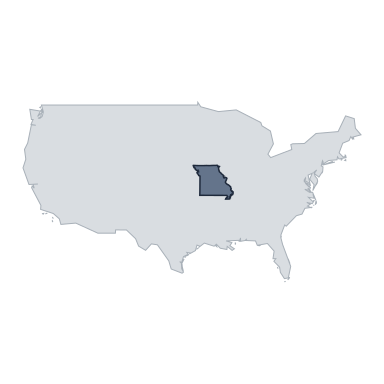 location of Missouri within United States of America
{"feature_id": "USA-3531", "entity_name": "Missouri", "entity_type": "State", "adm_level": 1, "iso_a3": "USA", "parent_name": "United States of America", "parent_adm1": "", "projection": "robinson", "projection_center": [-92.269, 38.302], "detail": "fine", "context": "in_parent", "style": "filled", "palette": "slate", "viewbox_px": 384, "rotation_deg": 0, "n_neighbors": 0, "source": "natural_earth", "source_scale": "10m", "svg_char_len": 7066}
<svg xmlns="http://www.w3.org/2000/svg" viewBox="0 0 384 384"><path d="M316.0,133.5L338.1,131.6L345.6,115.9L354.2,118.6L355.4,128.3L361.0,134.8L352.7,137.1L352.4,138.9L350.8,136.6L349.1,140.5L342.7,143.2L339.1,152.9L343.2,157.0L345.6,156.5L344.8,154.7L345.7,155.5L346.1,157.6L339.0,159.0L337.5,156.8L337.0,159.8L328.7,160.5L322.7,164.3L323.2,162.1L322.5,160.7L321.2,165.9L323.0,166.9L322.7,171.3L318.9,177.1L314.3,173.5L316.7,169.9L313.8,172.4L315.2,176.4L317.2,178.7L317.7,181.3L312.8,190.6L314.1,184.7L309.7,179.2L312.2,173.3L308.1,175.1L310.0,183.7L305.9,181.1L304.5,181.4L305.6,178.7L305.5,177.9L304.2,180.0L304.3,181.8L310.5,185.2L309.2,186.7L306.4,183.7L305.3,183.2L308.9,186.8L310.4,187.5L309.7,189.7L307.7,188.0L310.8,191.3L310.1,191.8L308.6,190.1L304.8,189.3L309.6,192.4L312.6,192.3L315.9,200.3L313.0,194.2L314.0,198.2L308.4,197.3L312.6,201.3L314.5,200.1L312.2,203.7L306.8,202.4L310.2,204.3L307.4,206.1L310.8,207.5L304.9,208.3L302.0,214.1L296.4,215.7L286.2,226.2L284.7,225.0L281.0,234.7L280.7,237.1L282.6,244.5L290.7,266.4L288.3,277.9L284.4,278.6L280.4,272.4L279.6,267.2L273.9,261.3L275.8,258.6L273.0,258.7L274.1,251.1L267.4,243.5L257.3,245.3L255.5,240.9L245.6,240.5L246.8,238.8L245.1,240.5L240.6,241.3L240.5,237.9L239.8,240.3L226.1,240.9L231.9,242.6L229.9,245.7L234.4,248.8L232.1,250.4L227.2,246.4L226.9,249.5L220.2,248.2L216.4,244.2L214.1,246.2L204.3,243.1L198.6,247.5L200.0,246.3L197.0,245.1L195.4,250.6L189.3,254.0L190.7,253.0L186.8,252.4L188.2,254.3L183.5,256.6L181.7,262.5L179.7,261.6L181.4,263.2L181.7,268.7L183.5,272.1L182.1,273.2L171.2,269.0L168.8,260.9L157.4,244.8L151.4,243.9L145.6,250.3L138.6,246.1L135.6,238.7L126.5,230.0L115.6,229.9L115.4,233.2L97.9,233.2L75.8,223.1L60.9,224.4L59.3,218.8L53.3,213.5L40.6,209.4L40.9,205.4L31.6,187.7L32.2,185.9L34.2,188.2L33.1,184.3L37.9,184.0L29.0,184.5L23.0,167.9L25.8,159.2L24.5,149.4L27.7,143.0L31.4,124.8L35.8,125.3L31.0,124.4L33.1,119.5L31.4,119.5L29.8,109.3L40.5,111.1L37.6,116.5L41.7,112.6L40.7,117.1L38.0,118.2L39.8,118.4L42.1,116.6L43.4,112.0L41.4,105.0L197.7,105.0L197.8,102.3L200.8,106.8L218.4,111.6L236.2,109.9L260.8,122.5L261.9,125.8L270.4,131.0L273.4,143.9L267.9,154.2L270.7,157.6L291.8,149.5L290.8,144.6L292.6,143.8L304.4,143.5L316.0,133.5ZM331.4,162.6L334.9,162.1L322.5,165.1L332.7,161.4L331.4,162.6ZM41.7,109.3L42.7,112.2L42.5,112.6L40.8,110.5L41.7,109.3ZM183.3,271.1L181.9,266.3L182.0,263.5L182.2,266.4L183.3,271.1ZM353.6,137.5L353.7,139.0L353.1,138.6L353.6,137.5ZM216.5,245.6L216.8,246.7L215.7,245.8L216.5,245.6ZM45.3,213.9L46.8,213.2L46.9,213.4L45.3,213.9ZM43.7,213.4L43.1,214.2L42.6,213.5L43.7,213.4ZM342.3,159.2L341.4,160.1L341.1,159.9L342.3,159.2ZM182.9,261.0L182.0,263.2L184.1,258.9L182.9,261.0ZM288.3,259.1L289.9,263.4L288.1,258.7L288.3,259.1ZM52.7,217.5L53.3,218.6L52.6,217.6L52.7,217.5ZM289.0,278.6L287.7,279.9L289.7,277.1L289.0,278.6ZM316.5,203.0L315.2,204.7L316.1,200.7L316.5,203.0ZM40.5,107.0L40.4,107.8L39.8,107.4L40.5,107.0ZM188.2,255.1L186.1,256.1L188.3,254.8L188.2,255.1ZM345.7,159.6L345.8,160.7L344.7,160.4L345.7,159.6ZM52.4,220.7L52.8,222.1L52.2,220.9L52.4,220.7ZM185.5,257.0L184.6,257.5L185.4,256.6L185.5,257.0ZM317.2,183.1L315.9,185.3L317.4,182.2L317.2,183.1ZM197.9,248.4L196.5,249.3L198.5,247.8L197.9,248.4ZM281.3,235.8L281.1,237.6L280.9,236.4L281.3,235.8ZM311.3,207.7L310.8,208.1L312.2,206.8L311.3,207.7ZM260.9,244.9L259.3,245.8L258.6,245.6L260.9,244.9ZM239.9,241.0L239.6,241.3L238.6,241.2L239.9,241.0ZM277.7,267.4L278.0,268.7L277.4,267.1L277.7,267.4ZM235.6,243.4L235.3,244.6L235.2,242.5L235.6,243.4ZM285.2,281.6L284.3,281.7L285.6,281.4L285.2,281.6ZM322.5,172.1L321.9,173.2L322.6,171.6L322.5,172.1ZM314.2,205.0L313.6,205.4L313.4,205.4L314.2,205.0Z" fill="#d9dde1" stroke="#a8b0b8" stroke-width="1"/><path d="M194.0,167.5L193.9,167.5L193.9,167.4L194.0,167.4L194.1,167.2L193.9,166.9L193.9,166.7L193.7,166.4L193.7,166.2L193.6,165.9L193.3,165.9L193.2,165.6L193.3,165.4L195.6,165.5L198.3,165.6L200.9,165.6L203.0,165.6L203.7,165.6L206.4,165.5L209.2,165.6L213.6,165.4L216.0,165.4L216.7,165.3L217.3,165.3L217.5,165.5L217.6,165.8L217.8,165.8L217.9,166.0L218.0,166.1L218.2,166.3L218.3,166.3L218.4,166.5L218.5,166.5L218.4,166.6L218.5,166.6L218.7,166.8L218.8,166.9L218.9,167.0L219.0,167.0L218.8,167.2L218.7,167.5L218.6,167.9L218.6,168.2L218.6,168.5L218.7,169.7L218.8,169.8L218.9,170.0L219.0,170.1L219.0,170.3L219.0,170.7L219.0,170.8L219.1,171.0L219.3,171.1L219.3,171.3L219.4,171.5L219.5,171.9L221.1,173.2L221.1,173.3L221.2,173.6L221.3,173.7L221.4,173.8L222.8,174.7L222.9,174.9L223.0,175.0L223.2,175.3L223.3,175.5L223.3,175.9L223.3,176.0L223.4,176.3L223.5,176.3L223.4,176.4L223.4,176.5L223.5,176.8L223.5,177.0L223.8,177.6L223.9,177.9L224.2,178.0L224.4,177.8L224.8,177.4L225.1,177.3L225.4,177.5L225.6,177.5L226.0,177.6L226.6,177.9L226.8,178.1L226.9,178.3L226.8,178.6L226.7,178.8L226.5,179.1L226.5,179.4L226.5,179.7L226.4,179.9L226.1,180.4L225.8,181.2L225.5,181.7L225.5,181.9L225.4,182.2L225.5,182.5L225.6,182.8L226.0,183.1L226.2,183.4L226.3,183.6L226.6,183.8L226.8,183.9L226.9,184.1L227.1,184.3L227.3,184.3L227.6,184.6L227.9,184.7L228.2,184.7L228.4,184.9L228.8,185.2L228.9,185.3L229.3,185.5L229.6,185.8L229.8,186.2L229.9,186.3L230.5,186.6L230.6,186.8L230.7,187.1L230.7,187.3L230.6,187.6L230.8,188.0L231.0,188.2L231.1,188.5L231.2,188.8L231.1,189.0L230.9,189.2L230.7,189.4L230.7,189.7L230.7,189.8L230.8,189.8L231.0,189.9L231.0,190.0L231.2,190.5L231.4,190.8L231.5,191.0L231.6,191.3L231.9,191.6L232.1,191.7L232.2,191.4L232.0,191.2L232.3,191.1L232.4,191.3L232.6,191.5L232.7,191.8L232.8,191.8L233.0,191.8L233.1,192.0L233.1,192.3L233.1,192.5L233.0,192.8L233.0,193.0L233.1,193.3L233.0,193.6L232.8,194.1L232.7,194.6L232.5,194.8L232.4,194.8L232.2,194.8L232.0,194.6L231.9,194.5L231.7,194.3L231.6,194.5L231.5,194.8L231.4,195.3L231.2,195.6L230.8,195.6L230.9,195.4L230.9,195.2L230.9,194.9L230.6,194.8L230.4,195.2L230.5,195.3L230.6,195.5L230.7,196.0L230.6,196.4L230.4,196.4L230.2,196.4L230.1,196.5L230.2,196.8L230.3,196.9L230.5,196.9L230.5,197.0L230.4,197.1L229.8,197.2L229.7,197.2L230.0,197.7L230.2,198.0L229.9,198.2L229.8,198.3L229.6,198.7L229.6,199.0L225.6,199.1L225.8,198.5L225.9,198.3L226.0,198.2L226.3,198.1L226.4,197.9L226.5,197.7L226.8,197.6L227.0,197.5L227.0,197.4L227.1,197.2L227.3,197.1L227.4,196.9L227.5,196.9L227.4,196.6L227.5,196.4L227.4,196.2L227.1,196.0L227.1,195.9L227.1,195.7L226.9,195.4L199.8,195.3L199.9,190.8L200.0,176.2L199.9,175.9L199.7,175.8L199.4,175.8L199.2,175.8L199.0,175.6L198.9,175.6L198.7,175.5L198.7,175.3L198.7,175.2L198.3,174.7L198.3,174.4L198.1,174.2L197.7,173.8L197.5,173.7L197.4,173.4L197.2,173.2L197.1,172.9L197.3,172.9L197.4,172.7L197.4,172.4L197.5,172.3L197.7,172.1L197.8,172.1L197.9,171.8L197.9,171.7L198.0,171.7L198.3,171.7L198.5,171.7L198.4,171.4L198.5,171.1L198.4,171.0L198.2,170.8L198.1,170.7L198.0,170.4L197.9,170.5L197.7,170.5L197.4,170.7L197.2,170.8L197.1,170.7L196.9,170.5L196.7,170.5L196.6,170.4L196.5,170.2L196.4,170.2L196.2,170.1L195.7,169.6L195.4,169.5L195.3,169.4L195.3,169.2L195.4,168.9L195.2,168.7L194.9,168.3L195.0,168.1L194.9,167.9L194.6,167.9L194.4,167.7L194.2,167.5L194.0,167.5Z" fill="#64748b" stroke="#1e293b" stroke-width="1.5"/></svg>